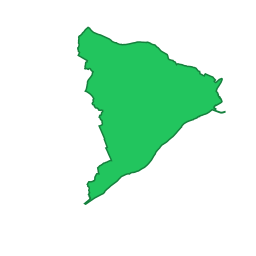 the district of Mahajanga I, Boeny, Madagascar, rotated 204°
{"feature_id": "10022922B60996293868186", "entity_name": "Mahajanga I", "entity_type": "district", "adm_level": 2, "iso_a3": "MDG", "parent_name": "Madagascar", "parent_adm1": "Boeny", "projection": "albers", "projection_center": [46.344, -15.68], "detail": "fine", "context": "isolated", "style": "filled", "palette": "green", "viewbox_px": 256, "rotation_deg": 204, "n_neighbors": 0, "source": "geoboundaries", "source_scale": "gbopen_adm2", "svg_char_len": 5758}
<svg xmlns="http://www.w3.org/2000/svg" viewBox="0 0 256 256"><g transform="rotate(204 128 128)"><path d="M158.1,207.6L160.8,205.5L164.2,203.2L165.4,202.7L167.4,201.6L168.1,201.7L169.2,201.1L170.4,200.9L172.5,200.9L173.3,201.1L174.7,200.6L177.9,200.6L178.7,201.1L181.3,201.7L190.9,201.8L193.3,201.4L198.3,201.3L200.4,201.9L202.4,202.7L203.6,203.5L205.4,203.7L206.9,200.5L207.4,198.0L208.2,196.2L208.3,195.0L208.7,194.3L209.0,193.1L209.7,192.5L209.9,191.5L210.0,191.5L210.0,191.1L209.9,190.7L209.5,190.3L209.1,189.4L208.9,188.6L208.7,188.2L208.6,187.5L208.0,186.6L207.8,185.5L206.8,184.8L206.3,183.6L206.0,181.1L206.4,180.9L206.3,180.6L206.0,179.8L205.1,179.1L204.7,178.1L204.1,177.7L203.3,177.5L202.9,177.1L203.0,174.1L192.5,173.0L192.5,172.5L192.3,171.8L192.8,171.5L193.2,170.8L193.2,170.4L192.9,169.6L192.9,169.2L192.5,168.5L192.4,168.0L192.4,167.3L192.3,166.9L192.2,166.6L191.8,166.3L191.7,165.6L191.6,165.4L191.6,164.7L191.3,164.6L191.0,164.7L190.5,165.1L190.3,165.4L189.9,165.5L189.5,165.4L188.1,165.4L187.9,165.7L187.9,166.3L187.3,166.8L186.6,166.8L186.2,166.6L185.3,165.8L184.5,165.5L183.8,165.3L183.3,165.3L182.7,165.1L182.9,164.0L182.4,162.1L182.4,161.7L182.8,159.4L183.7,156.0L183.8,154.8L183.8,153.9L183.6,153.2L183.1,152.3L183.0,151.4L182.4,149.2L182.3,148.5L182.0,147.4L181.8,145.6L182.0,144.3L180.1,144.4L176.8,143.8L175.3,143.3L173.3,142.4L171.1,140.8L171.4,139.7L171.3,139.2L170.6,138.6L170.5,138.2L170.3,138.0L170.6,136.9L170.7,136.1L170.6,135.7L169.8,135.1L169.3,135.0L168.6,135.1L168.2,135.1L167.9,134.8L167.7,134.3L167.2,133.9L166.7,133.7L166.3,133.4L165.5,133.2L164.8,133.6L164.5,133.7L164.0,133.5L163.2,133.4L162.9,133.2L162.6,133.2L162.1,132.5L160.7,132.8L160.3,132.9L160.0,133.3L159.4,133.6L158.8,133.6L158.5,133.4L158.3,133.6L157.8,132.7L157.9,132.1L158.2,131.8L158.3,131.4L158.3,131.0L158.1,130.3L157.8,130.0L157.8,129.6L158.0,128.4L158.4,128.4L158.7,128.4L158.9,128.0L158.8,126.9L158.6,126.1L158.3,126.2L157.2,125.5L157.1,125.2L156.4,124.6L155.5,124.3L154.9,124.3L154.6,124.0L154.1,122.7L153.5,122.1L153.0,121.2L153.0,120.7L153.3,119.8L153.8,119.4L154.3,118.8L155.2,118.1L154.7,117.6L151.8,115.0L145.0,108.7L145.0,107.9L143.9,106.9L139.0,101.8L140.1,100.7L139.8,100.5L137.3,98.4L135.1,96.3L130.7,92.4L129.9,91.5L130.2,91.4L130.5,91.3L131.0,91.0L131.9,90.1L132.1,89.8L132.7,89.2L132.9,88.7L133.3,88.4L133.4,88.2L134.1,87.7L135.1,86.5L136.0,85.9L136.8,84.1L137.3,83.5L137.4,83.1L138.2,82.3L138.5,81.8L138.6,81.4L138.8,81.0L138.8,80.6L139.5,79.3L137.7,76.7L137.4,76.0L136.9,75.3L136.0,74.3L136.8,74.0L137.1,73.9L137.9,73.5L138.0,73.1L138.0,72.8L138.1,72.3L138.0,71.4L138.2,70.8L138.2,69.5L138.0,69.2L137.7,68.5L137.7,68.2L137.3,67.4L137.3,66.9L137.4,66.1L138.0,65.9L138.2,65.5L138.2,65.1L138.4,64.9L138.8,64.7L139.6,64.0L140.7,63.4L141.7,63.1L142.0,62.8L142.0,62.6L142.2,60.5L142.3,59.9L141.6,59.6L141.1,58.8L141.0,58.4L139.6,58.1L138.8,57.1L138.6,56.3L138.6,55.5L138.4,54.9L137.9,54.6L137.5,54.1L136.9,53.5L137.1,53.0L136.7,52.7L137.0,51.7L137.0,51.1L136.5,51.1L136.3,50.7L136.0,50.7L135.8,50.6L135.8,50.4L135.5,50.2L135.4,50.0L135.5,49.7L135.2,49.6L135.1,49.3L134.5,49.2L134.4,49.0L134.1,48.9L134.2,48.3L133.6,48.0L136.9,41.3L135.7,41.2L130.0,50.5L125.2,56.6L124.1,57.8L123.3,59.6L123.5,60.4L122.5,63.2L121.2,65.8L120.3,68.0L116.8,74.2L116.2,75.4L115.5,77.7L114.8,79.5L114.3,81.0L113.4,82.0L113.1,82.3L111.5,84.2L110.5,85.3L109.1,86.3L108.1,86.5L107.8,86.9L107.4,87.7L107.0,88.3L105.5,89.4L104.9,89.6L104.1,90.2L103.3,90.9L102.3,92.0L101.5,92.6L100.9,93.1L98.9,96.2L96.9,98.8L95.5,101.8L94.7,104.0L93.7,107.7L93.5,108.6L93.0,113.4L92.6,115.1L92.7,117.1L92.1,119.6L90.9,123.0L90.9,123.5L90.6,124.7L89.9,126.7L89.3,127.4L88.9,128.1L87.6,130.0L86.7,131.6L85.7,134.2L85.1,135.3L84.3,137.0L83.5,138.4L81.8,143.4L81.4,145.0L80.1,149.0L79.8,150.2L79.5,150.6L79.7,151.2L79.4,152.7L78.6,154.8L76.7,157.5L75.7,158.6L74.5,159.8L73.4,160.8L72.9,161.4L71.9,162.0L71.7,162.7L69.2,165.2L68.9,165.7L68.9,166.3L67.8,167.1L67.8,167.7L67.2,167.8L67.2,168.3L66.9,168.7L65.7,169.6L64.0,171.4L63.4,171.8L61.7,173.5L61.2,174.4L60.7,174.9L58.6,178.9L57.7,179.0L51.2,179.4L49.4,179.6L48.4,180.0L47.3,180.8L46.0,182.0L46.2,182.3L48.1,180.7L49.2,180.1L50.0,179.9L53.1,179.6L55.8,179.5L55.9,180.3L55.5,180.8L55.6,181.1L55.1,181.3L57.7,181.3L57.7,182.0L57.9,182.5L57.9,182.8L57.7,183.0L57.7,183.4L57.4,183.7L57.4,183.9L57.2,184.0L57.1,184.5L56.8,184.4L56.5,184.7L53.7,188.5L53.0,189.8L52.9,190.3L54.1,191.7L54.3,191.8L54.8,192.1L55.0,192.5L56.1,192.5L56.5,192.8L56.2,193.2L57.0,193.8L57.3,193.5L57.8,193.5L58.4,194.2L58.8,194.3L58.9,194.5L59.0,195.1L59.3,195.4L59.5,195.4L59.9,196.0L60.5,196.6L60.8,196.6L62.2,197.5L62.4,197.5L62.6,199.7L62.7,199.8L62.7,200.1L62.6,200.8L62.1,203.8L61.6,207.5L61.7,210.3L61.9,211.0L62.3,211.3L62.5,211.3L62.8,211.0L64.3,209.5L64.2,209.3L64.4,209.2L66.2,205.2L67.6,205.4L68.3,205.8L67.7,207.4L69.9,208.3L71.2,209.0L73.2,208.9L73.3,208.9L79.3,208.9L79.3,208.5L79.5,208.4L79.6,207.8L79.5,206.7L80.4,206.7L80.7,206.5L81.0,206.5L82.2,206.8L84.0,206.8L84.4,206.9L84.8,207.8L85.1,208.1L85.6,208.8L86.1,208.6L86.9,208.6L89.2,209.7L89.9,210.2L91.7,210.3L92.6,209.9L94.1,209.9L95.9,209.5L98.0,208.8L98.6,208.4L100.2,208.4L101.6,207.9L104.5,207.8L107.0,207.1L107.8,207.1L108.7,206.8L109.3,206.3L109.4,205.7L109.9,206.0L110.6,206.5L111.2,207.1L112.0,207.5L112.8,207.5L113.4,207.3L114.4,208.0L115.1,207.7L118.1,207.3L119.4,207.8L121.0,210.0L122.1,211.0L128.8,211.7L129.9,212.1L132.7,213.4L133.7,213.7L134.5,213.7L137.1,214.8L139.5,214.3L141.4,214.3L141.7,214.5L142.3,214.5L142.7,214.5L142.9,214.4L143.5,214.5L144.8,214.4L145.7,214.0L146.0,213.5L147.0,213.3L148.2,212.8L150.7,211.8L151.3,211.7L153.1,211.0L153.8,210.5L154.6,210.3L154.9,209.9L155.5,209.5L155.8,209.1L158.1,207.6Z" fill="#22c55e" stroke="#15803d" stroke-width="1.5"/></g></svg>